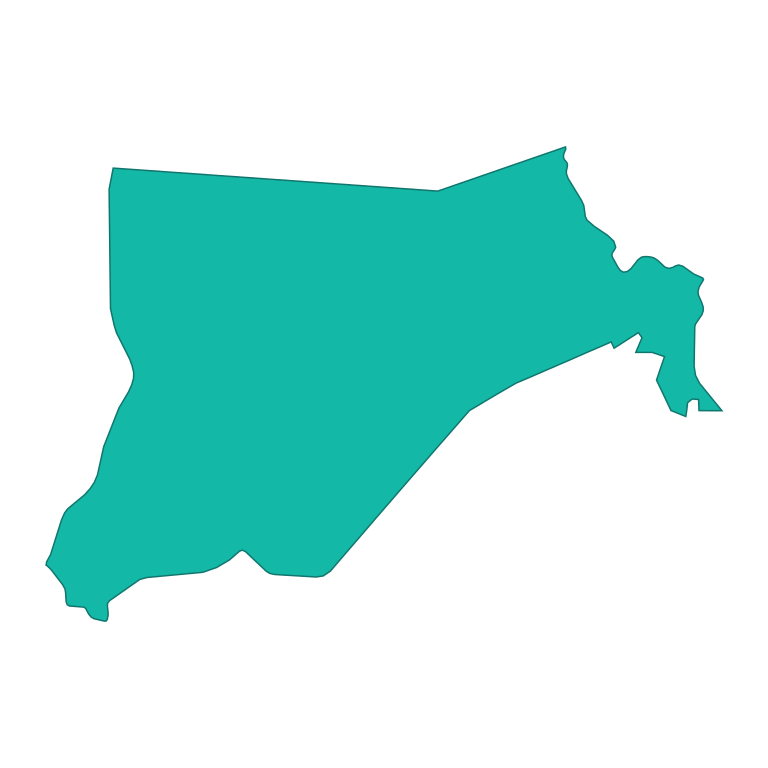 SVG path tracing the border of Eastern Equatoria
{"feature_id": "SDS-892", "entity_name": "Eastern Equatoria", "entity_type": "State", "adm_level": 1, "iso_a3": "SSD", "parent_name": "South Sudan", "parent_adm1": "", "projection": "natural_earth1", "projection_center": [34.12, 4.76], "detail": "fine", "context": "isolated", "style": "filled", "palette": "teal", "viewbox_px": 768, "rotation_deg": 0, "n_neighbors": 0, "source": "natural_earth", "source_scale": "10m", "svg_char_len": 2099}
<svg xmlns="http://www.w3.org/2000/svg" viewBox="0 0 768 768"><path d="M615.0,245.0L615.7,247.2L614.7,249.4L613.3,251.4L612.1,253.4L611.9,255.7L612.6,257.5L618.0,267.3L620.4,270.5L623.4,272.2L627.4,271.5L631.1,268.5L637.8,260.0L641.4,257.2L644.3,256.6L647.8,256.6L651.2,257.1L654.1,258.0L657.9,260.5L664.9,267.1L668.9,268.4L672.8,267.4L675.7,265.8L678.8,265.0L682.9,266.3L693.7,274.0L702.7,278.0L703.5,279.7L699.1,287.1L698.0,291.6L698.5,295.3L701.7,302.5L703.2,307.0L703.2,310.9L701.9,314.7L695.6,323.9L694.8,326.4L694.1,366.1L695.5,375.3L699.5,383.2L721.9,410.7L711.4,410.7L699.0,410.6L698.6,399.5L692.2,399.0L687.6,402.7L686.7,410.6L685.8,416.5L671.3,410.7L671.0,410.6L663.2,394.1L656.5,380.1L664.5,356.6L652.1,352.4L635.8,352.4L642.0,337.7L638.4,332.6L625.6,340.8L614.1,348.2L611.2,341.9L599.8,346.9L586.3,352.7L571.3,359.3L557.9,365.1L545.4,370.5L532.1,376.3L516.1,383.1L505.0,389.5L493.7,396.1L482.3,402.9L469.4,410.6L452.8,429.6L436.2,448.6L419.7,467.6L403.1,486.7L389.8,502.1L376.3,517.7L358.0,539.0L342.2,557.3L330.2,571.3L329.4,571.8L323.3,575.9L316.2,577.0L289.8,575.4L286.0,575.2L274.8,574.5L269.8,573.4L266.3,571.3L245.6,551.7L242.3,550.1L239.4,551.3L229.5,559.9L216.6,567.5L202.8,572.3L177.0,574.7L146.9,577.5L139.7,579.5L109.5,600.7L107.6,603.3L107.4,605.8L108.1,612.6L108.1,615.5L107.5,618.2L107.3,619.4L106.2,621.0L104.3,621.1L93.9,618.7L91.2,617.1L88.7,614.1L87.6,612.1L85.5,608.2L83.6,607.1L82.3,607.0L69.4,606.0L67.2,604.7L66.1,601.5L65.6,592.7L65.0,589.1L62.6,584.6L50.9,569.4L47.1,565.7L46.1,565.2L46.6,561.9L50.6,554.5L61.5,519.9L64.6,513.0L67.7,508.8L84.8,494.6L90.3,488.4L94.3,482.4L97.5,474.8L103.7,446.7L118.9,408.1L128.4,392.1L131.7,384.9L133.5,378.5L133.7,372.6L132.1,365.7L129.7,359.1L116.5,332.8L114.2,325.4L110.5,308.7L109.1,189.3L113.2,168.1L437.7,191.1L565.5,146.9L565.8,149.0L564.1,153.1L563.5,155.2L563.5,157.4L564.3,159.5L567.0,162.8L567.5,165.0L567.1,167.7L566.6,169.8L566.3,171.9L566.6,174.4L568.2,178.6L581.5,200.4L583.8,205.5L585.3,216.5L587.0,220.1L594.3,226.4L607.4,235.2L613.8,241.2L615.0,245.0Z" fill="#14b8a6" stroke="#0f766e" stroke-width="1.5"/></svg>